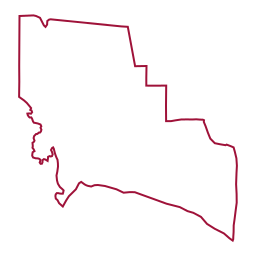 outline of Prey Veng, Prey Vêng, Cambodia
{"feature_id": "14789045B86524925966817", "entity_name": "Prey Veng", "entity_type": "district", "adm_level": 2, "iso_a3": "KHM", "parent_name": "Cambodia", "parent_adm1": "Prey Vêng", "projection": "robinson", "projection_center": [105.325, 11.475], "detail": "fine", "context": "isolated", "style": "outline", "palette": "rose", "viewbox_px": 256, "rotation_deg": 0, "n_neighbors": 0, "source": "geoboundaries", "source_scale": "gbopen_adm2", "svg_char_len": 2112}
<svg xmlns="http://www.w3.org/2000/svg" viewBox="0 0 256 256"><path d="M232.7,240.6L233.2,239.3L233.3,236.7L233.6,232.0L233.7,225.3L234.6,218.9L235.7,210.2L236.7,202.7L236.6,193.9L236.1,184.2L236.5,173.0L236.9,165.7L236.4,158.3L234.8,151.6L233.6,147.4L230.8,146.2L226.6,144.6L225.6,145.2L220.3,144.3L214.8,143.2L210.3,138.6L207.9,132.7L205.6,126.2L203.8,121.9L204.0,120.2L202.9,119.7L200.0,119.6L196.2,119.3L192.2,119.5L187.0,119.4L181.1,119.5L175.7,120.3L171.2,121.1L166.1,121.1L166.0,105.5L166.2,85.6L150.4,85.7L146.3,85.6L146.3,77.8L146.5,66.0L135.1,66.2L127.8,26.8L121.2,26.4L50.6,19.3L49.1,19.6L47.3,21.0L47.1,24.6L45.5,26.9L43.9,25.4L40.0,17.8L36.1,16.0L33.5,15.4L19.5,16.0L19.2,66.0L19.3,81.7L19.1,96.9L21.2,98.4L24.0,100.4L26.8,102.9L29.3,105.9L31.1,108.1L30.3,109.9L31.5,110.5L32.1,112.2L31.0,113.7L29.0,113.4L27.4,113.6L27.8,115.2L28.8,116.7L29.7,117.5L31.3,117.4L32.1,118.8L33.0,121.4L33.9,122.7L35.6,123.0L37.9,123.5L40.5,124.5L41.3,126.3L40.5,127.7L41.4,129.7L40.9,131.5L39.9,132.6L38.8,132.6L37.4,133.9L36.1,134.0L34.1,136.1L33.6,138.1L34.5,140.7L33.8,141.9L32.5,142.8L32.8,146.1L32.5,147.8L33.6,149.2L34.5,151.1L32.7,152.2L32.4,153.6L32.2,155.7L33.1,157.5L35.7,158.3L37.9,158.4L39.4,158.9L40.3,159.7L40.2,161.1L39.7,162.5L40.6,163.8L41.9,163.7L42.5,162.3L42.5,160.2L43.9,159.1L45.3,159.5L47.6,160.9L48.0,158.0L48.1,156.8L49.7,156.1L50.7,156.5L52.0,156.1L52.7,154.3L52.3,153.1L51.9,151.7L51.0,150.0L52.1,148.0L53.1,147.4L53.8,148.7L54.2,150.4L54.9,153.2L55.6,155.3L56.2,156.9L56.9,158.5L57.5,159.7L57.9,163.2L58.0,166.6L57.3,171.7L56.5,175.5L57.0,180.4L57.9,183.7L59.9,187.0L62.3,189.1L63.6,190.4L63.2,192.4L62.8,193.7L60.1,193.6L58.1,193.1L56.8,193.1L55.7,194.4L55.4,196.0L55.8,198.6L57.5,200.1L59.1,203.2L62.8,206.5L66.2,200.4L68.9,196.2L75.9,189.3L79.0,183.3L81.2,181.9L84.6,184.4L86.3,185.3L88.0,185.9L91.2,186.5L94.5,185.2L97.9,185.0L105.0,186.0L116.5,189.3L123.6,192.7L130.0,192.1L134.8,192.2L140.0,194.1L153.3,198.9L166.5,203.7L179.8,207.1L187.5,211.1L193.3,212.8L201.0,216.9L207.0,223.9L214.8,228.8L223.9,233.4L229.5,238.3L232.7,240.6Z" fill="none" stroke="#9f1239" stroke-width="2"/></svg>